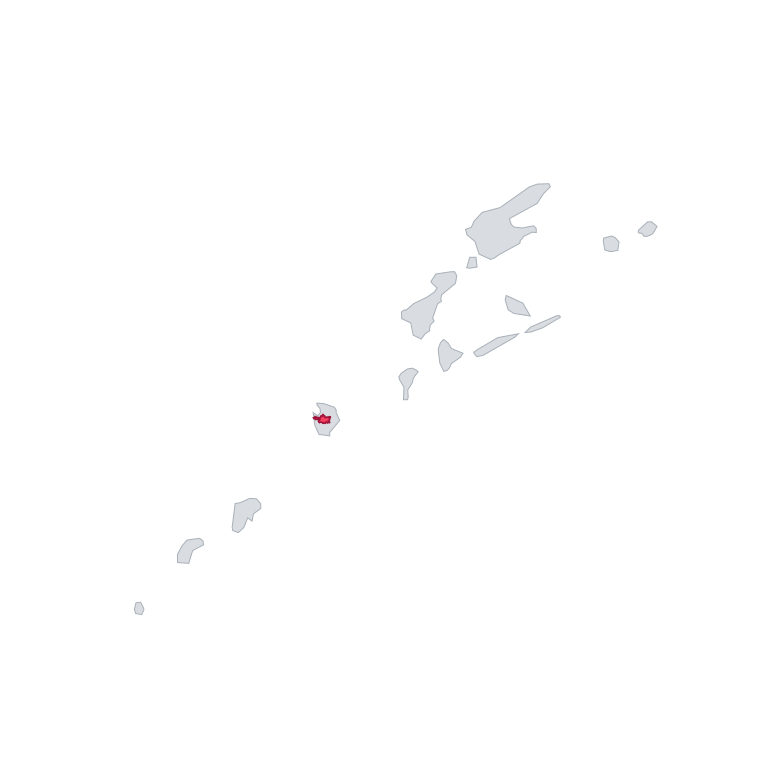 Erakor, Shefa, Vanuatu (highlighted), rotated 71°
{"feature_id": "77236927B27814537301823", "entity_name": "Erakor", "entity_type": "district", "adm_level": 2, "iso_a3": "VUT", "parent_name": "Vanuatu", "parent_adm1": "Shefa", "projection": "robinson", "projection_center": [168.36, -17.71], "detail": "fine", "context": "in_parent", "style": "filled", "palette": "rose", "viewbox_px": 768, "rotation_deg": 71, "n_neighbors": 0, "source": "geoboundaries", "source_scale": "gbopen_adm2", "svg_char_len": 5611}
<svg xmlns="http://www.w3.org/2000/svg" viewBox="0 0 768 768"><g transform="rotate(71 384 384)"><path d="M263.1,180.4L268.5,211.7L274.7,211.7L277.9,210.0L281.5,202.6L283.1,191.1L286.4,189.5L290.4,190.7L288.7,194.4L289.9,203.6L293.0,208.7L295.1,209.6L299.3,233.7L300.9,238.8L300.8,242.8L292.1,251.8L279.0,251.6L269.9,257.0L264.3,256.6L264.3,250.5L259.3,245.7L253.7,235.3L255.0,216.8L245.0,182.6L244.9,174.0L248.3,162.9L251.6,162.4L256.2,171.7L263.1,180.4ZM318.5,300.6L322.3,302.7L324.4,302.7L325.6,307.3L337.5,316.5L340.8,316.2L343.5,321.3L348.6,323.8L350.0,328.9L353.6,334.2L347.3,340.5L335.0,338.8L328.0,346.0L321.6,344.1L320.5,340.4L321.4,339.1L317.6,329.5L315.8,314.8L313.3,306.2L310.5,302.5L304.7,305.7L302.4,306.3L296.9,299.2L299.5,284.8L300.8,280.7L305.3,279.9L312.1,283.7L318.5,300.6ZM477.1,570.2L473.3,574.7L470.0,574.2L448.5,563.6L449.4,559.3L448.5,548.1L450.9,542.1L456.8,539.6L461.5,540.9L464.3,549.8L470.7,553.4L466.2,556.5L474.0,563.2L477.1,570.2ZM404.0,437.7L412.2,451.2L415.4,452.2L410.5,461.9L400.1,462.8L387.9,460.3L392.4,457.0L390.1,453.2L386.4,452.5L382.2,454.2L380.2,453.6L382.9,447.4L389.7,438.6L391.7,437.9L393.5,437.8L395.3,438.6L404.0,437.7ZM391.6,323.4L382.2,324.4L368.9,321.5L363.6,317.4L361.2,313.2L365.8,310.2L372.4,308.7L380.7,299.3L383.5,302.9L386.6,313.5L389.9,316.7L391.7,319.9L391.6,323.4ZM490.0,627.0L485.6,637.3L478.1,634.9L471.1,627.5L467.4,621.0L469.9,608.5L473.5,606.3L477.3,607.0L479.2,619.2L490.0,627.0ZM384.7,288.8L383.3,288.9L381.9,284.5L377.2,261.3L380.3,240.6L382.3,245.0L389.2,281.3L388.3,287.3L384.7,288.8ZM404.0,365.3L406.5,366.8L405.2,370.7L393.8,366.2L384.7,367.9L382.1,367.7L379.4,364.1L377.4,356.9L378.3,351.9L382.1,348.4L383.6,347.8L386.4,352.2L389.1,355.1L391.6,356.4L397.4,363.5L404.0,365.3ZM359.7,238.1L354.2,242.5L343.9,242.0L340.1,239.6L352.7,226.4L367.3,223.6L359.7,238.1ZM332.6,126.8L329.1,131.6L319.8,130.0L317.6,128.7L318.1,120.8L320.5,118.0L326.1,115.5L333.8,119.5L332.6,126.8ZM324.6,93.3L323.4,94.2L321.5,93.5L316.5,82.0L317.8,78.2L323.9,74.5L329.4,80.9L330.0,84.4L329.9,87.4L329.1,90.0L325.4,91.1L324.6,93.3ZM382.7,227.9L381.3,233.8L377.9,227.0L375.7,198.4L376.6,195.7L378.3,195.5L382.5,215.5L382.7,227.9ZM523.1,688.3L520.2,693.5L515.8,693.4L510.1,689.7L511.2,685.1L517.7,684.3L519.5,684.6L523.1,688.3ZM302.4,265.4L300.9,267.9L292.1,261.7L294.1,255.8L303.7,257.9L302.4,265.4Z" fill="#d9dde1" stroke="#a8b0b8" stroke-width="1"/><path d="M392.4,451.8L392.6,451.9L392.9,452.0L393.0,452.1L394.5,453.0L394.4,453.2L394.0,453.0L394.0,452.9L393.8,452.9L393.9,453.1L393.8,453.5L393.7,454.1L393.9,454.1L394.0,454.2L394.1,454.4L394.4,454.7L394.7,454.8L394.9,455.0L394.8,455.4L395.0,455.4L395.3,455.5L395.8,455.8L396.2,455.9L396.3,455.9L396.3,456.0L396.6,456.3L396.7,456.6L396.8,456.7L397.0,456.7L397.1,456.8L397.0,457.1L397.5,457.4L397.8,457.8L398.2,458.2L398.4,458.1L398.6,458.1L399.0,458.0L399.3,457.6L399.3,457.3L399.3,457.2L399.5,457.2L399.4,457.0L399.4,456.9L399.5,456.6L399.5,456.3L399.5,456.2L399.4,456.2L399.4,455.9L399.5,455.8L399.5,455.7L399.8,455.5L400.0,455.3L400.3,455.2L400.7,454.8L401.0,454.8L401.2,454.7L401.3,454.6L401.3,454.3L401.3,454.2L401.5,453.9L401.5,453.7L401.4,453.6L401.5,453.6L401.6,453.4L401.8,453.1L401.8,452.8L401.9,452.7L402.0,452.6L402.1,452.3L402.0,452.2L401.9,452.1L401.8,451.9L401.7,451.8L401.6,451.6L401.3,451.4L401.2,451.3L401.2,451.2L401.1,450.9L401.3,450.8L401.3,450.7L401.2,450.7L401.3,450.4L401.5,450.3L401.6,450.2L401.8,450.1L401.9,450.3L402.0,450.3L402.2,450.2L402.4,450.2L402.3,449.9L402.2,449.9L402.2,449.7L402.3,449.5L402.3,449.3L402.3,449.2L402.4,448.9L402.6,448.7L402.8,448.5L402.8,448.4L402.9,448.2L402.8,447.9L402.7,447.8L402.4,447.8L402.2,447.8L402.0,448.0L401.6,448.2L401.4,448.1L401.1,448.2L401.0,448.3L401.0,448.1L401.2,447.9L400.9,447.6L400.7,447.5L400.4,447.5L400.3,447.4L400.2,447.3L400.0,447.2L399.9,447.2L399.7,447.0L399.6,446.9L399.4,446.8L399.4,446.7L399.2,446.7L398.9,446.9L398.8,446.6L398.8,446.4L398.7,446.3L398.6,446.2L398.4,445.8L398.3,445.7L398.2,445.7L397.9,445.5L397.7,445.4L397.4,445.5L397.3,445.8L397.3,446.0L397.2,446.2L397.1,446.3L397.2,446.6L397.1,446.8L397.3,447.0L397.4,447.3L397.4,447.6L397.2,447.9L397.0,448.0L396.9,448.0L396.8,448.3L397.0,448.3L397.0,448.5L397.1,448.8L397.1,449.0L396.9,449.2L396.7,449.3L396.6,449.5L396.5,450.1L396.6,450.3L396.6,450.5L396.4,450.8L396.0,450.8L396.0,450.7L395.9,450.6L395.7,450.5L395.6,450.4L395.4,450.4L395.4,450.5L395.1,450.4L395.0,450.5L394.8,450.5L394.7,450.6L394.7,450.8L394.5,451.2L394.4,451.3L394.3,451.5L394.2,451.5L394.0,451.9L394.0,451.7L393.9,451.5L393.7,451.4L393.4,451.3L393.2,451.4L393.0,451.5L392.9,451.6L392.7,451.6L392.5,451.8L392.4,451.8ZM395.4,460.9L395.4,460.2L395.4,459.6L395.4,459.3L395.3,458.5L395.9,458.3L396.2,458.2L396.3,458.1L396.5,457.9L396.3,457.8L396.2,457.7L396.1,457.4L395.9,457.2L395.4,456.8L395.3,456.4L395.2,456.4L395.0,456.2L394.9,456.2L394.7,456.3L394.5,456.5L394.4,456.8L394.3,457.1L394.2,457.2L394.1,457.3L394.0,457.5L393.9,457.7L394.0,457.7L393.9,457.8L393.7,458.0L393.6,458.3L393.5,458.5L393.3,458.6L393.2,458.7L393.1,458.8L393.0,459.1L392.9,459.2L393.0,459.2L393.1,459.4L393.1,459.6L393.1,459.9L393.0,460.5L392.9,460.6L392.9,460.9L392.9,461.1L393.0,461.4L393.0,461.6L392.9,461.6L392.9,461.8L393.0,461.8L393.3,461.7L393.5,461.3L393.6,461.2L393.8,460.7L393.9,460.4L394.0,460.2L394.3,460.2L394.5,460.3L394.5,460.5L394.4,460.8L394.4,461.0L394.5,460.9L394.6,460.6L394.8,460.3L395.0,460.2L395.1,460.3L395.3,460.4L395.3,460.5L395.4,460.8L395.4,460.9ZM392.6,459.7L392.5,459.9L392.7,460.0L392.7,459.9L392.7,459.7L392.8,459.6L392.7,459.6L392.6,459.7Z" fill="#f43f5e" stroke="#9f1239" stroke-width="1.5"/></g></svg>